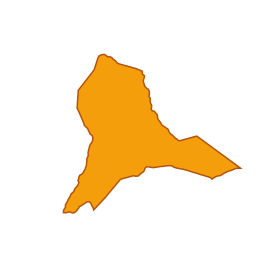 outline of Nova Itarana, Bahia, Brazil, rotated 69°
{"feature_id": "56859067B79206528521122", "entity_name": "Nova Itarana", "entity_type": "district", "adm_level": 2, "iso_a3": "BRA", "parent_name": "Brazil", "parent_adm1": "Bahia", "projection": "orthographic", "projection_center": [-40.008, -13.045], "detail": "fine", "context": "isolated", "style": "filled", "palette": "amber", "viewbox_px": 256, "rotation_deg": 69, "n_neighbors": 0, "source": "geoboundaries", "source_scale": "gbopen_adm2", "svg_char_len": 2422}
<svg xmlns="http://www.w3.org/2000/svg" viewBox="0 0 256 256"><g transform="rotate(69 128 128)"><path d="M205.8,67.9L205.3,65.8L204.8,63.6L205.0,60.9L205.5,59.2L205.3,57.7L204.8,55.5L204.5,52.4L204.2,49.5L204.6,47.0L204.5,45.1L204.4,43.2L204.4,41.2L205.1,39.8L205.9,37.3L160.2,66.7L158.4,84.6L157.0,85.9L155.6,86.5L154.5,87.5L152.7,88.2L150.8,89.0L148.8,90.4L146.8,91.0L145.1,91.0L143.3,91.1L141.8,92.3L140.4,93.2L139.0,94.2L137.2,95.4L134.5,95.7L132.5,96.3L130.8,96.9L128.2,96.5L126.3,95.9L124.2,96.6L121.8,97.4L120.7,99.2L118.6,99.6L117.2,98.6L115.3,97.8L112.9,98.1L110.7,97.6L108.2,96.6L106.0,97.2L104.5,96.2L102.8,95.4L101.0,95.0L99.1,95.2L97.8,96.2L95.4,97.4L92.6,97.2L90.1,97.1L88.1,96.0L86.8,94.8L85.1,93.9L82.8,95.2L80.0,94.4L75.7,98.9L65.0,113.3L63.2,114.9L61.4,115.4L59.6,116.3L58.4,117.4L56.4,117.9L54.8,119.5L54.3,121.5L52.5,122.4L50.7,123.9L50.1,126.8L50.5,129.6L52.4,131.4L61.5,138.7L65.4,145.0L71.8,155.7L75.0,160.9L86.0,166.0L91.2,168.4L94.4,168.1L96.3,168.0L108.3,167.5L109.9,167.9L111.7,167.0L114.3,165.8L116.3,165.9L117.8,165.6L120.1,165.6L121.7,164.3L123.7,164.2L125.7,164.8L127.1,165.7L128.4,166.8L129.5,168.7L130.7,170.1L132.3,171.1L134.6,172.8L137.0,174.3L139.5,175.0L140.9,176.4L142.5,177.8L144.0,178.1L145.7,179.2L147.9,180.1L149.6,181.7L151.3,183.0L152.6,184.8L153.9,186.3L154.7,188.0L154.8,190.0L156.2,191.4L157.8,192.4L159.2,193.6L161.2,193.3L162.6,194.5L164.1,196.3L165.4,199.0L167.1,200.7L168.4,202.3L168.8,203.9L169.5,205.2L171.1,206.6L172.8,208.8L174.8,210.9L176.1,212.5L177.5,214.1L179.6,214.8L180.7,216.4L181.7,217.5L183.8,218.7L184.8,216.7L185.1,215.0L185.1,213.1L186.2,211.5L187.4,210.5L187.8,208.5L187.2,206.4L186.4,205.0L185.3,203.1L183.9,201.5L183.9,199.6L183.3,197.8L183.0,195.6L182.3,193.5L182.7,191.0L184.2,189.8L190.6,189.2L192.2,189.4L184.3,173.2L183.1,171.3L173.3,153.6L173.4,150.5L173.7,148.0L173.9,146.1L174.1,143.7L174.4,141.2L174.8,139.3L175.8,138.1L176.5,135.7L175.5,133.2L174.8,131.2L174.4,129.3L173.4,127.8L171.7,126.8L170.8,124.4L171.8,122.5L172.7,121.1L173.7,119.3L174.3,117.9L174.7,115.6L175.2,113.6L175.6,111.6L176.3,109.1L176.9,106.7L177.4,104.8L177.9,103.0L178.8,100.9L180.5,99.6L181.7,98.5L182.8,96.9L183.6,95.6L184.7,94.0L185.8,92.1L186.8,90.6L188.2,88.7L189.7,86.8L191.2,84.9L192.5,83.3L193.5,81.9L194.8,80.2L196.0,78.6L197.4,77.1L198.6,75.4L199.9,73.7L201.2,72.1L202.2,70.7L203.8,68.8L205.8,67.9Z" fill="#f59e0b" stroke="#b45309" stroke-width="1.5"/></g></svg>